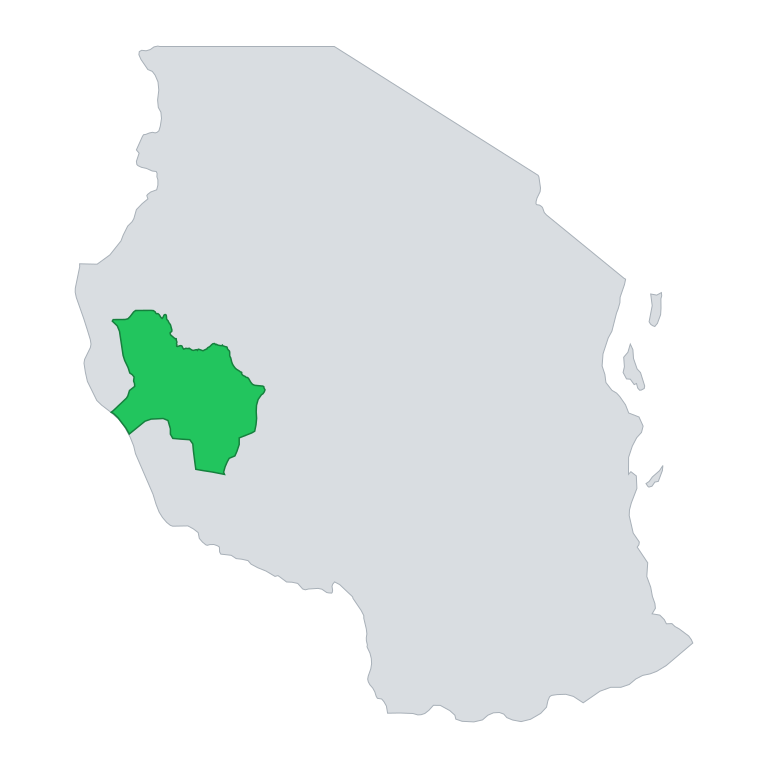 Katavi on a map of United Republic of Tanzania (Robinson projection)
{"feature_id": "TZA-5584", "entity_name": "Katavi", "entity_type": "Region", "adm_level": 1, "iso_a3": "TZA", "parent_name": "United Republic of Tanzania", "parent_adm1": "", "projection": "robinson", "projection_center": [31.46, -6.489], "detail": "fine", "context": "in_parent", "style": "filled", "palette": "green", "viewbox_px": 768, "rotation_deg": 0, "n_neighbors": 0, "source": "natural_earth", "source_scale": "10m", "svg_char_len": 6166}
<svg xmlns="http://www.w3.org/2000/svg" viewBox="0 0 768 768"><path d="M275.0,576.4L265.9,571.0L257.7,567.7L251.0,564.1L248.0,560.6L241.7,559.2L236.2,558.6L231.2,555.3L220.8,554.1L219.6,551.9L219.4,547.1L217.6,545.8L213.9,544.5L209.8,544.6L207.3,545.3L205.9,544.9L202.5,542.1L199.3,538.4L198.2,532.6L193.4,528.9L187.9,525.9L172.7,526.2L170.3,525.3L166.7,522.4L162.5,517.5L159.1,512.0L156.1,504.4L153.0,494.2L135.5,453.7L133.7,446.0L130.3,437.5L124.7,427.0L118.8,419.3L110.8,412.2L101.7,405.2L96.8,400.5L87.4,381.4L85.4,372.4L84.0,363.2L84.6,359.4L90.4,347.5L91.0,344.1L90.3,339.6L87.4,330.1L83.7,318.5L76.3,297.5L75.2,292.2L75.3,288.2L79.7,266.8L79.6,263.8L97.1,264.2L109.9,254.9L121.0,240.9L123.2,235.1L127.7,226.1L132.2,221.6L133.9,218.5L136.4,209.6L142.3,203.5L147.9,198.9L146.8,195.6L147.6,194.4L150.7,192.0L156.7,189.8L157.9,185.1L157.9,179.8L156.9,176.8L157.1,173.4L156.2,171.5L152.2,171.0L146.4,168.4L141.4,167.3L138.1,165.7L136.9,164.6L136.4,161.4L139.1,153.2L136.4,149.9L142.5,136.3L143.6,134.7L145.8,134.4L149.3,133.0L152.5,132.3L155.2,132.9L157.1,132.3L158.9,130.8L160.3,126.2L161.5,118.5L160.9,112.2L158.3,107.4L157.6,100.0L158.8,90.1L158.0,81.9L155.2,75.3L152.3,71.4L147.9,69.6L141.0,59.5L138.9,54.7L139.3,51.6L141.7,50.3L146.1,50.8L150.2,49.6L154.0,46.9L157.8,46.1L159.8,46.5L334.3,46.5L538.1,175.3L538.9,176.9L540.5,188.0L540.1,191.7L537.0,198.1L536.1,201.5L536.0,203.8L536.8,204.7L539.5,205.1L541.7,206.6L542.6,207.8L544.3,212.6L546.5,215.0L623.9,278.2L625.6,279.2L624.5,284.5L620.1,297.3L619.9,302.7L618.1,309.0L616.5,313.1L611.9,331.2L608.2,338.0L603.0,353.9L602.1,366.0L604.9,374.5L605.9,382.5L611.9,390.3L616.6,393.1L619.8,396.6L625.5,404.8L628.7,413.0L639.0,417.0L643.1,426.1L641.5,432.4L636.7,437.7L632.3,446.1L628.6,457.3L628.5,474.3L630.9,471.7L636.3,475.9L636.9,488.4L631.3,503.0L629.5,509.8L629.2,515.6L633.2,533.1L639.3,542.0L638.9,544.8L637.2,547.1L647.7,562.8L646.8,576.5L650.7,587.2L652.4,596.4L654.9,603.5L655.4,608.3L652.1,613.8L659.8,615.1L664.3,619.6L666.4,623.8L671.9,623.6L674.9,626.5L679.2,628.9L688.7,636.0L691.3,639.6L692.8,643.0L666.3,665.5L656.8,671.3L650.0,673.9L642.7,675.4L635.8,679.0L629.2,684.5L620.9,687.3L610.7,687.3L600.0,691.2L583.2,702.8L573.4,696.4L565.8,694.3L557.0,694.6L551.6,695.4L549.6,696.7L547.9,700.7L546.5,707.2L540.7,713.4L530.5,719.3L521.1,721.6L512.6,720.0L506.8,717.6L503.8,714.1L499.4,712.5L493.5,712.8L487.9,715.2L482.5,719.9L473.9,721.9L462.1,721.3L455.8,719.1L454.9,715.2L449.8,710.6L440.3,705.4L433.4,705.3L428.9,710.3L424.8,713.5L421.1,714.7L417.8,714.9L413.0,713.5L400.0,713.0L387.6,713.2L386.4,706.0L383.9,701.6L381.7,699.0L377.4,698.3L376.2,696.3L374.8,691.8L372.7,688.0L369.9,684.8L368.3,681.8L367.7,679.1L368.2,676.2L370.8,668.8L371.6,663.7L371.3,658.5L370.0,653.2L367.0,646.8L367.4,645.0L366.4,640.7L366.3,637.7L366.9,633.9L366.3,628.9L363.8,618.3L363.8,615.6L361.2,610.5L353.0,598.4L352.6,596.8L339.7,584.6L334.6,581.9L332.7,584.2L332.0,586.3L332.6,590.2L332.3,592.2L331.7,593.1L328.7,592.9L326.7,592.5L321.9,589.2L318.1,588.4L308.6,589.0L305.3,589.8L302.7,589.0L297.7,583.4L291.9,582.2L286.6,582.0L278.0,575.6L275.0,576.4ZM640.5,372.6L644.7,386.0L644.2,388.5L641.2,390.1L639.6,390.2L637.7,388.0L636.5,383.5L634.2,384.6L630.3,379.2L626.5,378.9L623.1,372.5L624.4,366.8L623.7,357.2L627.9,352.3L630.3,344.1L632.9,349.7L633.5,358.5L637.1,368.9L640.5,372.6ZM661.4,292.6L661.7,295.8L660.9,298.8L661.0,308.3L660.6,314.7L657.4,323.4L654.8,326.5L652.5,325.6L650.6,324.2L649.1,321.8L652.2,305.7L650.7,294.0L656.7,295.1L661.4,292.6ZM652.0,486.2L648.9,487.1L647.8,486.3L646.0,483.6L649.2,481.4L652.3,477.0L659.5,470.7L662.9,465.5L662.4,470.5L658.3,481.4L654.8,482.1L652.0,486.2Z" fill="#d9dde1" stroke="#a8b0b8" stroke-width="1"/><path d="M129.3,434.0L126.0,428.2L118.0,417.7L113.6,413.6L111.2,412.2L113.2,410.7L126.4,398.2L127.8,396.0L129.5,390.5L134.7,386.4L134.5,383.5L133.6,381.0L134.1,377.0L132.3,374.7L129.8,373.0L128.1,367.6L124.7,360.5L123.1,355.4L119.5,331.3L117.3,325.9L112.3,321.1L113.2,319.6L125.1,319.5L127.9,318.8L130.1,316.6L133.6,312.0L135.6,310.5L150.9,310.4L153.4,310.6L155.2,311.9L155.9,313.3L156.3,313.6L156.7,313.7L157.5,313.6L157.9,313.6L159.2,314.7L160.9,317.4L162.1,318.4L162.9,317.5L164.1,315.0L165.1,314.5L166.1,315.0L166.4,316.1L166.6,318.8L166.9,319.6L167.3,320.0L167.7,320.4L168.2,321.0L168.8,322.5L169.1,322.9L170.0,324.1L170.5,324.9L171.9,330.0L171.7,331.5L170.2,332.6L170.1,333.3L170.3,334.0L170.7,335.0L170.9,335.2L171.1,335.3L174.8,338.5L175.1,338.7L175.9,338.6L176.2,338.7L176.3,339.1L176.3,339.5L176.2,340.0L176.4,340.6L176.7,341.2L176.9,342.2L176.5,343.6L176.6,344.0L176.8,344.6L176.9,344.9L176.6,345.8L176.7,346.3L177.5,346.5L178.5,346.2L179.6,345.8L180.8,345.6L181.9,346.0L182.9,348.1L183.7,349.1L184.7,348.8L185.8,348.3L188.1,348.6L189.1,348.2L191.2,349.6L192.2,350.2L193.5,350.4L194.6,350.1L195.7,349.8L196.6,349.7L197.5,350.4L198.0,349.4L198.6,349.2L202.8,350.7L203.4,350.6L204.0,350.2L206.1,349.2L206.8,349.0L206.8,348.9L207.1,348.4L207.7,347.8L208.2,347.4L209.3,346.9L210.5,345.9L211.5,344.8L212.8,343.8L214.4,343.5L214.7,343.6L215.0,343.9L215.6,344.5L215.9,344.7L216.1,344.6L216.3,344.4L216.5,344.3L217.8,345.1L220.4,345.6L221.4,345.7L222.3,345.2L222.3,345.6L225.5,346.7L226.6,346.9L227.0,347.1L227.2,347.7L227.4,348.5L227.6,349.0L228.0,349.6L229.1,350.7L229.5,351.2L229.7,352.5L229.7,355.6L230.0,356.6L230.7,357.8L231.7,362.0L232.6,364.3L233.9,366.4L235.3,368.2L236.7,369.4L239.5,371.1L240.3,371.8L240.6,372.0L241.3,372.1L241.7,372.4L241.7,372.7L241.6,373.4L241.7,373.7L242.2,374.7L242.6,375.0L243.1,375.5L245.1,376.4L246.1,377.3L247.4,377.5L247.9,377.8L248.7,378.7L250.8,382.3L252.5,384.3L254.7,385.3L262.8,386.1L263.8,386.7L264.0,388.0L264.5,388.9L265.0,389.8L264.6,391.0L264.1,392.1L263.0,393.7L261.4,394.8L258.1,399.5L256.5,405.3L256.2,411.8L256.6,418.4L256.0,424.8L254.7,431.2L251.8,432.9L239.2,437.9L239.2,444.5L236.9,451.4L234.9,455.9L229.2,458.3L227.3,461.7L225.1,466.8L223.6,472.2L224.5,474.4L212.2,472.0L203.1,470.6L195.8,469.3L194.6,460.3L193.4,450.7L192.8,443.9L189.8,439.7L180.7,439.1L172.8,438.4L170.4,434.2L170.4,428.8L168.0,420.5L163.2,418.5L151.1,419.1L145.0,421.2L129.3,434.0Z" fill="#22c55e" stroke="#15803d" stroke-width="1.5"/></svg>